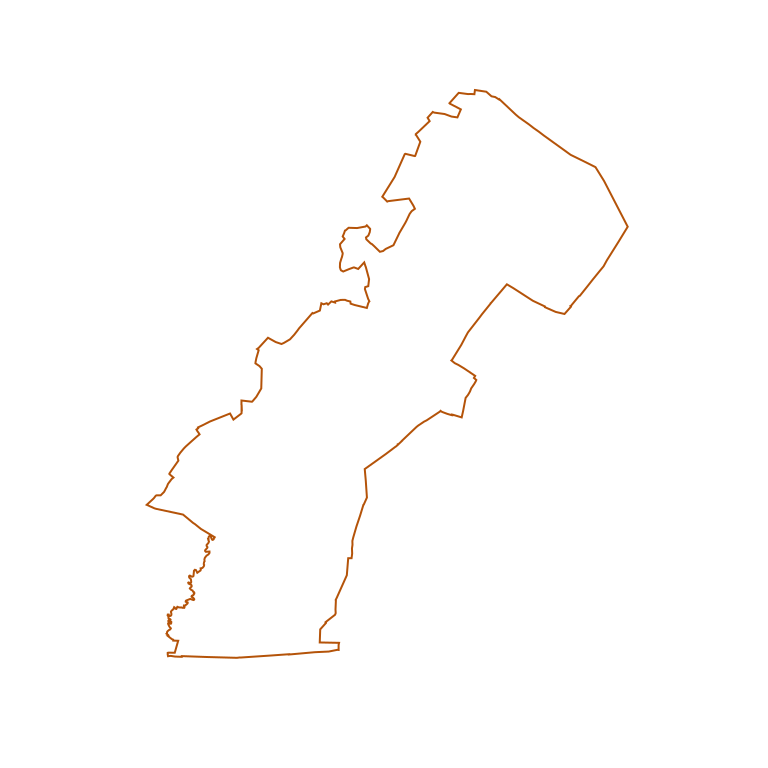 outline of Svētes pag., Jelgava, Latvia, rotated 190°
{"feature_id": "27541924B49757256215349", "entity_name": "Svētes pag.", "entity_type": "district", "adm_level": 2, "iso_a3": "LVA", "parent_name": "Latvia", "parent_adm1": "Jelgava", "projection": "orthographic", "projection_center": [23.649, 56.562], "detail": "fine", "context": "isolated", "style": "outline", "palette": "amber", "viewbox_px": 768, "rotation_deg": 190, "n_neighbors": 0, "source": "geoboundaries", "source_scale": "gbopen_adm2", "svg_char_len": 6060}
<svg xmlns="http://www.w3.org/2000/svg" viewBox="0 0 768 768"><g transform="rotate(190 384 384)"><path d="M301.7,364.6L301.4,371.3L301.2,384.5L299.5,387.6L298.9,389.1L298.0,391.6L297.4,394.8L295.2,399.6L294.1,402.6L293.8,404.0L296.5,405.6L295.6,407.8L307.9,413.3L314.1,415.7L317.9,416.8L321.7,418.9L321.2,419.6L314.7,435.9L311.7,445.3L310.3,449.4L301.3,466.4L299.7,469.6L292.9,481.9L293.0,482.1L292.3,483.0L280.3,503.5L273.4,500.9L251.8,491.8L239.0,488.3L238.9,487.6L227.4,484.8L218.4,484.3L213.3,492.6L213.8,493.1L213.6,493.2L207.3,504.3L206.4,504.9L206.1,505.5L200.9,515.0L196.5,523.2L191.1,532.9L188.2,538.0L186.0,544.5L177.7,564.9L171.3,581.2L202.5,622.1L213.4,634.3L229.6,639.1L240.0,642.1L269.6,656.4L275.4,659.4L281.0,662.0L286.7,665.0L297.5,670.1L300.9,672.1L319.8,684.5L320.0,684.1L324.3,685.9L328.1,686.0L334.0,689.6L345.5,689.3L345.3,685.1L348.7,684.7L351.7,684.1L361.0,683.7L368.3,671.9L367.8,671.5L356.0,667.8L358.0,659.3L364.0,659.1L371.2,660.4L381.4,660.0L382.4,660.1L383.2,660.4L387.3,653.8L384.7,650.8L394.0,638.2L396.1,635.6L396.0,635.0L395.8,635.0L390.3,628.9L392.9,614.0L393.3,613.8L403.0,614.4L403.5,613.9L409.5,589.7L418.2,568.1L416.7,567.2L412.5,564.2L411.6,564.8L391.5,571.0L386.0,564.7L384.0,561.9L386.7,559.1L387.2,558.2L388.3,555.9L390.3,548.6L390.4,548.3L391.0,546.4L395.2,535.1L395.2,534.9L398.8,522.3L405.8,517.3L408.0,514.8L411.0,513.5L417.7,518.1L420.4,519.8L421.4,520.0L426.5,523.4L427.2,525.2L425.2,527.4L424.4,531.1L424.5,534.1L424.6,534.4L428.5,537.3L429.5,535.9L437.6,532.9L446.0,531.7L448.5,528.6L449.1,528.3L449.5,525.5L450.3,522.1L448.0,520.0L451.6,514.0L450.8,511.1L447.4,505.7L447.3,504.4L447.5,501.4L447.7,500.5L448.3,495.6L447.7,491.3L446.7,489.3L446.1,488.5L443.7,487.7L438.5,491.0L434.2,493.5L433.6,493.6L429.4,492.8L424.6,500.3L422.5,496.4L422.3,496.2L416.9,484.7L416.5,477.6L419.3,476.2L419.3,474.2L414.4,465.1L412.8,462.9L413.0,462.7L413.6,460.5L414.1,455.9L426.6,456.7L430.8,457.3L431.5,459.4L434.8,459.6L436.9,460.1L441.2,459.3L446.6,456.8L446.3,455.7L450.2,456.2L452.9,452.5L454.4,453.6L457.4,452.0L459.7,452.6L459.9,445.2L465.8,441.3L466.0,441.2L466.8,441.5L477.3,424.1L478.5,421.6L481.0,416.9L483.5,413.0L484.3,411.7L489.8,407.0L491.9,405.6L497.9,406.5L506.3,409.4L513.7,397.8L515.1,396.4L513.3,395.5L514.2,387.3L514.3,383.3L514.2,382.0L509.7,380.0L507.0,377.8L504.1,358.3L507.5,349.2L510.7,343.8L511.0,343.6L521.5,343.0L520.8,338.9L520.6,338.7L519.9,335.5L520.1,335.7L519.2,330.5L519.4,330.1L526.1,322.8L530.5,328.2L548.8,316.9L555.6,311.8L559.7,308.9L559.3,308.1L560.8,306.6L560.0,305.6L557.8,303.4L556.9,302.4L559.6,299.2L563.4,294.4L568.4,288.0L569.9,285.8L572.6,281.1L574.4,277.3L574.5,276.7L574.6,276.3L574.5,275.9L573.2,272.8L578.0,262.6L579.8,258.5L579.8,258.2L579.6,257.9L575.1,255.3L576.7,253.4L579.3,248.3L579.5,247.6L580.1,244.6L580.5,243.7L581.8,239.6L584.6,235.6L588.6,234.9L589.4,234.3L590.8,231.6L591.5,230.6L596.7,223.8L588.5,221.7L586.8,221.5L559.2,220.5L548.0,214.1L545.9,213.2L539.2,209.5L524.1,203.7L524.3,203.1L524.8,202.6L524.8,201.5L525.5,200.8L525.8,200.7L526.3,200.9L527.3,202.3L528.2,204.0L528.8,204.2L529.5,203.9L530.0,203.3L530.1,202.6L530.0,201.4L529.7,200.1L530.0,200.2L529.7,199.5L529.3,198.9L529.0,198.3L529.4,196.8L530.7,194.8L530.7,194.3L530.6,193.8L529.6,192.8L529.5,192.4L529.6,191.9L531.2,189.4L531.3,189.1L531.1,188.4L530.3,187.8L526.8,188.7L526.5,187.4L527.3,185.7L528.9,184.2L530.0,182.2L530.3,181.4L530.4,180.0L529.9,178.2L530.2,177.7L530.3,176.0L530.1,175.0L529.7,174.6L529.8,173.2L530.1,172.6L530.7,171.6L531.1,171.2L532.6,170.6L532.2,169.5L532.3,168.5L535.1,165.7L536.9,168.1L538.0,168.2L538.7,167.1L538.3,161.9L538.5,161.5L539.2,161.0L539.8,160.9L541.9,161.6L542.2,161.5L542.6,160.9L542.4,160.0L542.0,159.4L540.9,158.7L540.2,158.0L539.5,155.7L539.5,155.1L539.8,154.5L540.1,154.2L540.7,154.2L541.6,154.6L542.1,154.6L542.3,154.3L541.8,153.5L538.9,152.7L538.5,152.2L538.3,151.1L539.4,149.7L539.7,148.9L538.2,147.8L536.7,147.4L535.8,146.2L534.9,146.0L534.7,145.7L534.5,145.3L534.8,144.7L534.5,144.4L534.8,143.7L535.1,143.0L535.4,142.9L536.5,142.0L536.6,141.2L536.1,140.8L535.5,140.7L534.1,139.8L533.5,139.1L533.5,138.8L533.9,138.2L534.7,138.2L537.5,138.7L541.2,136.4L541.5,136.0L541.5,135.2L541.1,135.0L540.1,134.8L539.8,134.9L539.4,134.8L539.3,134.5L539.3,134.1L539.5,133.6L540.1,132.8L540.9,132.0L541.1,131.4L541.5,131.1L542.5,131.2L542.6,130.6L541.7,129.2L541.8,128.9L543.8,128.6L544.6,128.8L545.9,128.5L547.5,128.4L548.8,128.7L549.3,127.5L549.2,126.9L549.3,126.7L549.5,126.4L550.0,126.4L550.5,126.5L551.4,127.6L551.9,127.8L552.3,126.0L552.9,124.9L553.6,124.2L554.3,122.9L554.2,122.4L553.6,121.2L553.3,119.7L553.6,118.9L554.3,118.4L554.9,118.3L555.4,118.6L556.0,119.6L556.9,119.4L556.9,119.1L556.9,118.5L556.0,117.7L555.5,115.8L553.6,115.2L553.2,114.7L553.3,114.4L553.7,114.1L555.0,113.9L555.2,113.6L555.3,113.2L555.0,112.6L554.6,112.4L552.2,112.7L552.0,111.9L552.1,111.3L552.3,110.9L554.4,110.8L555.0,110.6L554.8,110.0L553.3,107.9L552.7,107.3L551.5,106.4L551.9,105.2L552.9,104.5L554.1,103.1L554.6,102.0L554.4,100.9L554.8,100.3L552.9,99.3L552.3,98.4L552.9,98.2L548.6,95.9L547.2,95.6L547.0,94.7L542.1,95.4L543.4,83.0L549.6,82.0L550.3,81.7L550.1,80.3L549.4,78.4L548.0,78.9L546.8,79.2L542.5,79.3L535.8,80.2L535.9,80.9L510.9,84.4L481.3,88.8L478.7,89.6L477.4,89.8L448.1,97.0L430.6,101.4L430.6,101.1L405.4,107.9L392.0,110.9L383.8,114.1L382.5,114.2L382.9,116.3L383.4,119.1L383.3,121.3L402.4,118.3L404.2,131.3L399.6,138.7L399.7,139.3L400.2,139.0L400.3,139.2L392.1,148.3L391.8,150.0L392.6,153.5L393.8,162.5L394.1,162.9L393.2,166.0L393.1,166.5L387.4,189.2L389.0,206.2L385.7,206.8L385.9,211.5L387.0,216.5L387.1,220.1L387.9,224.0L387.6,227.9L386.4,238.9L384.7,250.1L383.3,261.5L383.0,261.7L381.1,269.2L385.2,285.8L388.2,296.9L370.1,315.3L361.9,324.1L361.3,324.6L360.0,326.3L360.0,326.6L359.8,326.5L359.6,326.8L359.4,327.1L356.4,331.1L356.5,331.2L344.5,347.4L343.1,349.0L338.0,353.9L335.7,355.6L324.3,366.4L323.6,367.4L322.9,366.9L321.5,366.5L316.6,365.6L312.3,365.1L311.5,365.1L311.7,365.7L310.9,365.7L301.7,364.6Z" fill="none" stroke="#b45309" stroke-width="2"/></g></svg>